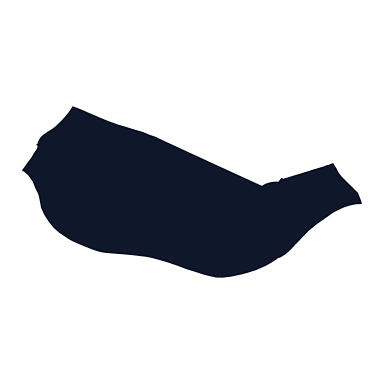 Zwijndrecht, Zuid-Holland, Netherlands
{"feature_id": "6326949B25601261343635", "entity_name": "Zwijndrecht", "entity_type": "district", "adm_level": 2, "iso_a3": "NLD", "parent_name": "Netherlands", "parent_adm1": "Zuid-Holland", "projection": "natural_earth1", "projection_center": [4.609, 51.824], "detail": "fine", "context": "isolated", "style": "filled", "palette": "ink", "viewbox_px": 384, "rotation_deg": 0, "n_neighbors": 0, "source": "geoboundaries", "source_scale": "gbopen_adm2", "svg_char_len": 4983}
<svg xmlns="http://www.w3.org/2000/svg" viewBox="0 0 384 384"><path d="M23.0,170.2L24.9,171.4L25.6,171.9L26.2,172.5L27.3,173.5L28.0,174.1L28.6,174.7L29.1,175.2L29.4,175.5L30.0,176.5L33.4,181.3L36.0,187.8L39.2,194.4L39.5,195.9L39.8,197.1L40.6,201.0L41.8,207.5L43.4,211.1L44.6,213.7L44.7,214.0L48.9,220.6L52.9,225.7L53.4,226.4L54.1,227.2L54.5,227.6L55.8,228.7L57.7,230.4L59.1,231.6L59.6,232.1L60.2,232.4L61.7,233.4L62.6,234.1L64.2,235.2L66.5,236.7L68.9,238.3L70.1,239.0L70.7,239.3L72.1,240.1L73.1,240.6L73.3,240.7L75.8,241.8L77.5,242.6L77.9,242.8L80.5,243.9L83.3,245.1L84.1,245.4L87.4,246.7L90.4,247.9L91.4,248.3L93.7,249.1L96.1,250.0L97.3,250.4L100.0,251.1L102.0,251.5L104.0,251.9L104.9,252.0L106.2,252.2L119.9,253.3L123.0,253.5L128.1,254.0L133.2,254.5L136.8,254.9L140.8,255.4L146.0,256.0L149.2,256.6L151.7,257.1L153.0,257.4L155.4,258.1L157.8,258.7L164.1,260.5L168.8,262.0L170.7,262.6L172.8,263.4L175.1,264.1L175.9,264.4L177.9,265.1L180.5,266.1L182.7,266.9L184.2,267.5L184.8,267.7L185.8,268.1L187.7,268.7L188.9,269.1L193.1,270.4L201.3,273.0L201.9,273.2L205.4,274.3L209.5,275.3L216.5,276.8L222.4,276.9L230.3,276.0L235.6,274.9L242.1,273.5L247.9,271.9L255.7,269.4L261.2,267.0L265.5,265.1L270.1,262.5L275.3,259.2L279.1,256.4L279.6,257.0L282.3,255.4L283.0,254.9L284.0,254.3L284.9,253.7L286.5,252.4L287.4,251.7L289.5,249.7L290.2,249.0L291.2,248.0L292.7,246.4L294.9,244.0L299.2,239.6L299.4,239.3L300.5,238.2L301.4,237.3L302.5,236.1L305.6,233.0L308.0,230.4L316.3,223.6L323.7,218.4L332.9,211.9L341.8,207.5L344.6,206.4L348.5,205.1L353.6,203.9L357.3,203.4L361.0,203.3L359.9,199.8L358.7,196.7L357.4,193.4L351.0,186.9L350.7,186.6L349.8,185.8L348.5,184.5L347.4,183.4L347.1,183.1L346.9,182.9L344.4,180.4L342.7,178.7L341.5,177.5L341.2,177.2L340.1,175.8L339.1,174.6L338.8,174.1L338.0,172.9L337.8,172.6L337.2,171.5L336.5,170.1L335.6,168.5L334.7,167.0L333.7,165.4L333.0,164.3L332.8,163.9L332.1,164.2L331.8,164.3L331.1,164.6L330.4,164.9L329.8,165.2L329.2,165.4L328.9,165.5L328.5,165.7L327.9,165.9L327.4,166.1L327.3,165.9L326.9,166.0L326.4,166.1L326.5,166.3L326.0,166.5L325.4,166.7L324.6,166.9L322.4,167.6L319.1,168.6L316.7,169.3L312.1,170.7L309.7,171.5L303.2,173.5L298.4,175.0L293.6,176.4L289.5,177.7L287.1,178.4L283.3,179.6L282.3,179.1L281.7,178.8L281.4,179.0L281.2,179.3L281.0,179.6L280.5,180.3L279.7,181.3L279.4,181.7L279.0,182.3L278.7,182.6L278.2,182.5L277.8,182.5L277.4,182.4L276.7,182.4L276.3,182.4L276.0,182.4L275.8,182.4L275.6,182.4L275.3,182.4L275.1,182.4L274.9,182.4L274.7,182.4L274.4,182.5L274.2,182.5L273.8,182.5L273.6,182.5L273.4,182.5L273.1,182.6L272.9,182.6L272.2,182.7L271.8,182.8L271.6,182.8L271.4,182.8L271.1,182.9L270.9,182.9L270.7,183.0L270.4,183.0L270.2,183.1L269.8,183.2L269.6,183.2L269.4,183.3L268.7,183.5L268.4,183.6L268.2,183.6L267.7,183.8L267.3,183.9L267.0,184.0L266.9,184.1L266.7,184.2L266.5,184.3L266.3,184.3L265.7,184.6L265.3,184.8L265.1,184.8L264.8,185.0L264.6,185.1L264.4,185.2L264.2,185.3L263.9,185.5L263.7,185.6L263.5,185.8L263.3,185.9L262.9,186.2L262.8,186.3L262.7,186.4L262.2,186.8L261.3,186.4L258.0,184.9L250.2,181.4L249.9,181.2L247.1,179.9L236.9,175.3L230.2,172.2L225.0,169.8L222.9,168.8L222.5,168.7L217.8,166.5L215.1,165.3L209.2,162.6L208.7,162.4L207.1,161.6L206.3,161.2L205.4,160.8L204.5,160.4L203.7,160.0L202.9,159.7L202.0,159.2L201.0,158.8L200.2,158.4L198.8,157.7L197.7,157.3L197.0,156.9L196.4,156.7L195.5,156.2L193.2,155.2L186.7,152.2L182.4,150.2L180.9,149.5L179.4,148.8L173.5,146.1L170.8,144.8L164.8,142.1L163.5,141.5L162.6,141.0L161.9,140.7L159.1,139.4L157.1,138.5L156.6,138.2L156.4,138.1L156.3,137.9L156.0,137.7L155.8,137.7L153.3,136.8L152.4,136.5L151.8,136.3L151.2,136.1L150.5,135.9L150.1,135.8L149.1,135.4L148.6,135.2L148.0,135.0L147.6,134.8L147.1,134.6L146.2,134.2L145.9,134.1L145.1,133.8L144.1,133.3L142.8,132.8L141.8,132.5L141.0,132.2L140.6,132.1L139.3,131.7L137.4,131.2L135.4,130.6L132.1,129.6L123.4,126.9L121.7,126.4L119.8,125.9L118.3,125.5L118.0,125.4L117.4,125.2L115.3,124.4L113.9,123.9L110.3,122.6L107.4,121.5L99.8,118.4L96.6,117.0L94.8,116.2L91.5,114.8L88.4,113.5L86.4,112.6L84.0,111.5L82.4,110.8L81.7,110.5L78.1,109.1L73.0,107.1L72.8,107.4L71.7,109.2L70.0,111.7L68.6,113.5L67.1,115.4L67.1,115.5L66.7,116.0L66.3,116.4L64.8,118.1L63.7,119.3L62.4,120.8L61.0,122.2L59.0,124.1L57.4,125.6L55.8,127.1L53.8,128.6L53.1,129.2L52.3,129.7L49.6,131.5L46.6,133.3L46.2,133.7L44.5,134.8L43.8,135.3L42.2,136.6L42.1,136.9L41.5,137.6L41.4,137.6L41.0,138.1L40.3,139.1L39.7,140.0L39.4,140.8L39.0,141.4L39.1,141.5L38.6,142.4L38.8,142.5L38.5,143.1L38.6,143.4L38.2,143.9L38.1,144.1L37.9,144.3L37.4,144.7L37.6,144.8L37.8,144.7L38.1,144.8L38.0,145.2L38.2,145.3L38.7,145.4L38.6,145.5L38.4,146.4L38.3,146.8L38.2,147.1L38.0,147.8L37.9,148.3L37.8,148.5L37.5,148.9L37.4,149.2L37.3,149.5L37.1,149.7L36.9,150.1L36.6,150.5L36.5,150.8L36.3,151.3L35.8,151.6L35.3,152.4L34.6,153.5L34.0,154.5L33.7,155.1L33.5,155.5L32.8,156.6L31.8,158.3L31.3,159.0L30.6,159.9L29.1,161.8L27.0,164.6L25.6,166.6L24.5,168.2L24.3,168.4L23.0,170.2Z" fill="#0f172a" stroke="#020617" stroke-width="1.5"/></svg>